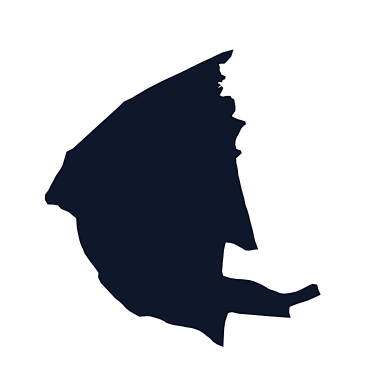 outline of Southern Ijaw, Bayelsa, Nigeria, rotated 100°
{"feature_id": "59680162B89388744582495", "entity_name": "Southern Ijaw", "entity_type": "district", "adm_level": 2, "iso_a3": "NGA", "parent_name": "Nigeria", "parent_adm1": "Bayelsa", "projection": "mercator", "projection_center": [5.914, 4.715], "detail": "fine", "context": "isolated", "style": "filled", "palette": "ink", "viewbox_px": 384, "rotation_deg": 100, "n_neighbors": 0, "source": "geoboundaries", "source_scale": "gbopen_adm2", "svg_char_len": 2647}
<svg xmlns="http://www.w3.org/2000/svg" viewBox="0 0 384 384"><g transform="rotate(100 192 192)"><path d="M45.7,176.8L49.8,185.6L66.0,208.7L76.2,222.5L88.7,240.5L98.5,253.4L110.1,266.9L115.3,274.2L121.6,278.7L131.4,286.3L170.8,316.7L174.5,321.9L185.8,323.1L188.4,323.4L192.0,324.6L199.9,328.2L206.0,330.1L209.5,331.3L215.6,333.1L217.3,334.0L220.3,335.5L221.6,335.3L224.9,334.8L228.5,331.8L227.7,326.0L227.7,321.4L230.7,317.6L232.0,311.6L232.3,310.1L235.4,304.6L237.4,300.9L246.6,298.6L247.4,298.4L254.4,295.6L259.2,293.6L262.8,291.7L266.3,289.2L270.9,286.4L278.1,279.2L279.1,278.1L283.1,273.7L287.6,269.2L291.9,269.0L296.9,265.5L302.7,257.7L305.7,253.7L309.6,248.5L311.3,245.1L313.9,240.8L317.0,237.0L319.5,232.5L323.2,222.3L321.6,216.1L320.9,212.0L321.8,203.3L322.6,199.1L324.4,194.5L324.5,194.3L325.3,189.9L325.4,185.8L325.3,179.6L325.3,176.7L325.4,175.8L325.3,169.5L325.3,168.2L325.8,164.4L326.6,160.5L328.2,156.3L330.7,151.9L332.5,148.3L335.2,144.7L335.8,143.3L337.0,140.6L338.3,135.1L321.1,137.3L314.1,137.5L304.5,136.2L304.1,135.5L302.6,132.1L303.0,124.6L302.9,123.8L301.0,103.2L300.6,98.2L298.2,74.1L293.8,76.2L288.1,76.7L287.8,76.7L283.5,69.8L281.0,65.0L278.4,59.9L275.6,55.7L272.8,51.6L270.6,48.5L266.8,51.1L262.2,53.2L262.3,57.2L265.4,61.7L268.8,66.0L272.7,71.9L275.0,77.3L276.8,83.0L277.1,87.6L275.9,92.6L275.0,99.2L273.2,103.8L271.6,108.4L271.3,109.5L270.8,112.0L269.9,115.9L269.5,120.1L269.9,126.9L270.4,131.3L270.6,132.5L270.8,139.3L269.7,147.4L264.9,149.4L260.6,149.7L256.8,150.2L251.3,150.5L243.5,151.2L237.7,150.9L235.1,150.8L234.7,145.0L235.1,141.2L237.9,132.9L239.5,128.9L238.9,125.2L237.6,121.9L236.5,118.0L232.0,120.6L230.4,121.6L226.0,123.6L220.4,125.8L215.8,127.9L210.7,130.3L205.5,132.5L199.9,135.3L196.1,137.6L189.2,140.3L181.8,143.9L175.6,146.5L172.0,148.0L168.2,149.8L161.9,151.6L155.6,154.2L150.8,155.2L149.1,153.7L144.9,150.6L143.4,151.5L142.6,156.4L138.2,158.3L135.8,158.6L133.9,158.8L131.2,158.3L130.4,158.1L125.4,156.4L123.2,155.9L121.9,155.5L119.8,154.8L117.1,152.9L115.9,151.5L113.9,152.3L113.4,156.0L113.2,158.5L112.4,162.7L111.5,165.5L111.1,166.1L110.2,166.7L108.9,166.4L104.7,164.2L102.5,164.4L100.1,164.9L94.0,167.2L93.4,169.6L91.5,171.1L92.2,174.9L93.6,178.4L92.4,182.5L87.3,180.8L84.4,180.1L83.6,180.9L83.5,181.2L84.6,182.2L85.4,183.4L86.1,184.2L86.0,184.8L85.5,185.4L84.9,185.7L83.9,184.5L83.0,184.2L82.2,183.5L81.9,183.2L81.4,183.9L81.6,185.7L80.6,185.9L78.1,185.6L78.1,182.1L77.0,182.2L76.0,181.8L74.7,179.8L72.9,179.6L72.4,181.5L72.1,183.7L69.2,185.6L67.1,186.8L64.8,186.9L61.3,188.8L60.1,186.9L59.3,182.7L57.3,181.1L51.4,177.6L45.7,176.8Z" fill="#0f172a" stroke="#020617" stroke-width="1.5"/></g></svg>